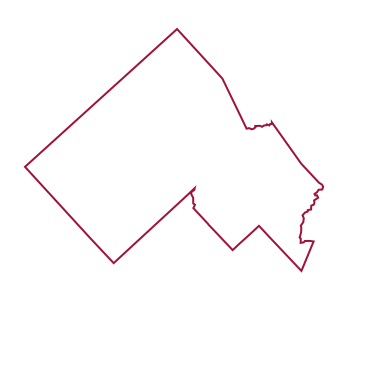 outline of Maricopa, Arizona, United States of America, rotated 47°
{"feature_id": "52423323B41946106713870", "entity_name": "Maricopa", "entity_type": "district", "adm_level": 2, "iso_a3": "USA", "parent_name": "United States of America", "parent_adm1": "Arizona", "projection": "albers", "projection_center": [-111.877, 33.277], "detail": "fine", "context": "isolated", "style": "outline", "palette": "rose", "viewbox_px": 384, "rotation_deg": 47, "n_neighbors": 0, "source": "geoboundaries", "source_scale": "gbopen_adm2", "svg_char_len": 1148}
<svg xmlns="http://www.w3.org/2000/svg" viewBox="0 0 384 384"><g transform="rotate(47 192 192)"><path d="M61.4,177.1L60.7,225.8L60.2,260.9L59.7,297.0L156.6,297.9L190.6,297.8L190.7,273.5L191.0,218.1L191.1,196.2L191.0,187.4L192.1,189.0L191.6,191.8L192.3,193.7L197.2,195.2L201.2,198.9L203.3,198.5L204.7,202.0L226.6,202.0L227.1,202.2L242.4,202.0L250.4,202.0L256.3,201.9L262.2,201.9L262.2,200.0L262.2,192.0L262.4,178.1L262.4,169.1L262.4,166.1L278.2,166.1L324.3,165.8L322.2,161.1L311.1,136.8L308.0,139.3L304.8,142.9L305.0,144.7L303.3,147.2L300.2,144.2L298.8,144.4L295.9,139.7L292.8,136.5L290.8,135.4L290.0,131.3L287.5,128.2L284.4,127.0L284.1,123.3L285.2,120.7L284.2,119.7L286.0,116.8L283.3,114.1L284.3,111.5L283.1,109.5L281.4,108.5L282.2,103.7L279.8,102.8L278.5,104.2L277.0,103.7L277.4,100.7L276.7,97.9L279.0,95.0L277.6,92.5L275.2,91.9L271.9,92.8L245.7,92.8L230.1,90.7L195.7,86.1L196.9,87.1L195.6,88.2L196.0,90.1L193.6,91.1L193.9,92.0L192.4,94.1L192.1,96.3L190.0,97.1L186.9,100.8L188.0,101.5L187.6,104.3L186.7,105.7L184.3,106.6L182.9,108.9L165.6,103.5L129.7,92.4L62.6,91.8L61.8,151.2L61.4,177.1Z" fill="none" stroke="#9f1239" stroke-width="2"/></g></svg>